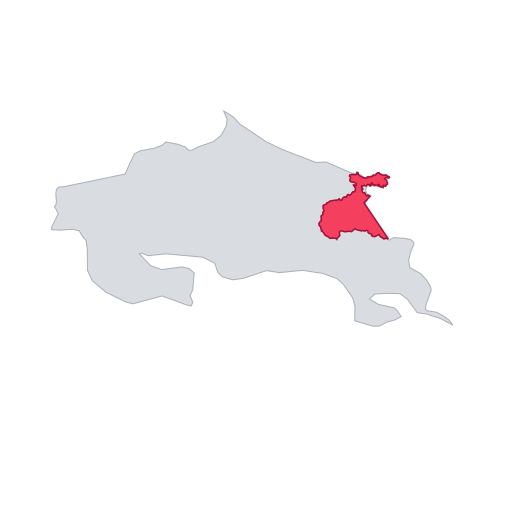 Talamanca, Limón, Costa Rica (highlighted), rotated 326°
{"feature_id": "36466004B17277375937001", "entity_name": "Talamanca", "entity_type": "district", "adm_level": 2, "iso_a3": "CRI", "parent_name": "Costa Rica", "parent_adm1": "Limón", "projection": "natural_earth1", "projection_center": [-83.039, 9.422], "detail": "fine", "context": "in_parent", "style": "filled", "palette": "rose", "viewbox_px": 512, "rotation_deg": 326, "n_neighbors": 0, "source": "geoboundaries", "source_scale": "gbopen_adm2", "svg_char_len": 7679}
<svg xmlns="http://www.w3.org/2000/svg" viewBox="0 0 512 512"><g transform="rotate(326 256 256)"><path d="M409.6,261.8L409.1,263.7L407.5,265.8L405.2,267.9L402.2,269.4L394.9,265.0L387.7,260.1L383.8,262.4L382.3,268.8L379.6,272.0L376.3,273.3L374.9,275.5L374.6,297.0L374.9,317.2L380.3,317.7L389.4,324.7L393.3,328.8L394.5,332.7L393.4,334.6L386.7,339.0L380.3,344.6L377.0,351.5L382.7,362.8L383.9,370.5L383.7,378.5L382.2,382.3L369.6,391.5L366.8,394.7L367.2,397.1L374.1,403.4L377.4,409.6L380.2,417.0L380.5,423.4L374.2,411.5L365.5,400.1L358.0,393.1L357.4,376.7L354.4,367.9L343.0,359.7L333.2,354.0L326.0,355.1L330.4,364.5L341.9,376.6L342.6,381.2L342.4,387.4L334.6,386.5L327.6,383.9L319.1,383.1L313.5,379.4L301.6,365.0L310.1,352.8L312.7,344.7L312.5,328.0L310.5,319.9L301.3,307.5L286.7,294.0L266.2,282.9L256.5,274.0L232.5,267.2L223.4,262.7L216.3,254.2L215.2,248.2L217.8,238.9L211.1,227.1L182.6,203.9L166.6,195.3L163.2,190.3L160.6,188.8L163.1,204.8L170.0,214.4L188.3,223.5L193.3,228.7L195.3,235.5L184.7,248.6L179.3,251.9L177.7,259.1L174.2,261.2L170.6,257.1L155.8,236.6L127.2,226.8L122.0,220.8L111.4,202.1L106.5,185.0L108.3,173.6L120.1,155.8L123.8,148.1L123.1,143.3L123.5,136.3L119.1,131.4L108.2,125.1L101.3,119.9L103.2,117.4L115.7,110.5L116.5,104.3L116.4,102.3L118.5,101.8L120.3,100.2L121.4,98.5L124.8,92.5L127.8,89.1L131.2,88.6L135.4,91.1L151.1,97.5L168.5,104.7L193.4,114.8L203.7,108.3L212.6,103.3L218.8,104.0L232.1,109.8L240.2,111.7L245.1,111.1L253.6,119.6L258.3,126.0L259.1,130.2L261.7,132.5L268.3,133.0L284.6,137.4L294.6,136.5L303.6,131.9L308.6,126.5L310.2,117.8L312.5,122.1L315.1,128.8L316.3,137.4L328.0,166.3L337.4,182.5L357.9,211.9L366.7,217.3L381.7,240.9L386.9,244.8L389.8,251.8L405.3,257.5L409.6,261.8Z" fill="#d9dde1" stroke="#a8b0b8" stroke-width="1"/><path d="M371.7,313.5L371.9,313.3L372.1,313.3L373.2,314.0L373.8,313.9L374.0,314.1L374.4,315.0L374.7,315.5L375.0,315.5L375.3,315.3L375.3,272.4L384.1,270.3L383.8,270.0L383.9,269.6L383.6,269.1L383.6,268.6L383.4,268.6L383.1,268.8L382.7,268.8L382.6,268.5L382.8,268.2L382.7,268.0L381.9,268.1L381.7,268.0L381.4,267.7L381.1,267.1L381.2,266.5L381.1,266.1L381.6,265.4L381.4,264.9L381.5,264.3L381.3,264.1L380.8,264.2L380.6,264.1L380.0,262.8L380.1,262.2L380.6,261.6L380.7,259.8L381.1,259.8L381.8,260.2L382.1,260.2L382.2,259.9L382.0,259.7L382.0,259.0L382.3,258.2L382.1,257.9L382.1,257.6L382.4,257.2L382.7,257.0L383.2,257.0L383.6,257.3L383.8,257.7L384.2,257.9L384.6,257.9L385.2,257.8L385.4,258.0L385.5,258.4L386.0,259.2L386.6,259.6L387.2,259.5L387.6,259.2L388.0,259.1L388.5,259.1L388.8,259.2L389.7,260.5L389.6,261.6L389.7,261.9L390.2,262.0L390.4,261.8L390.5,261.6L390.5,260.7L390.7,260.4L391.2,260.5L391.6,261.5L391.8,261.8L392.3,261.5L392.5,260.8L392.8,260.2L393.1,260.4L393.2,260.6L393.2,261.1L393.0,261.5L392.8,261.8L392.7,262.0L393.6,262.8L393.4,263.6L393.4,263.8L393.6,264.0L393.9,264.0L394.4,263.6L394.6,263.7L394.8,264.0L395.0,264.6L395.7,264.8L396.0,265.1L396.1,265.3L396.2,266.1L396.3,266.2L396.7,266.0L397.2,265.3L397.8,265.2L398.0,265.8L398.0,266.4L397.8,266.6L397.1,266.8L397.1,267.2L397.6,267.8L397.7,268.3L398.2,268.4L398.4,268.5L398.5,269.2L399.2,269.2L399.8,269.5L399.7,270.2L400.4,269.8L400.8,268.9L401.0,268.6L401.3,268.7L401.5,268.8L401.5,269.7L401.9,270.4L402.2,270.5L402.8,270.5L403.2,270.4L403.7,269.9L404.0,269.8L404.4,270.0L405.1,270.0L405.8,269.2L406.0,268.6L405.9,268.2L405.9,267.8L406.5,266.5L406.5,265.8L406.4,265.3L405.8,264.3L405.8,264.0L406.3,263.6L407.5,263.6L408.3,264.0L408.9,264.5L409.1,265.2L409.4,265.5L410.2,265.7L410.4,265.6L410.7,265.2L410.7,264.7L410.5,264.3L410.2,264.0L409.8,263.5L409.6,263.2L409.6,262.2L408.4,261.2L407.7,260.9L406.7,260.2L405.7,259.2L405.5,258.6L404.7,257.5L404.6,256.7L404.7,256.0L404.5,255.7L403.8,255.3L403.5,255.1L402.7,255.2L402.0,254.9L401.6,255.0L401.0,255.6L400.6,255.7L400.0,255.5L399.3,255.2L398.7,254.5L398.6,254.4L398.2,254.6L397.6,254.6L397.5,255.0L397.2,255.0L396.8,254.8L396.1,254.7L395.3,254.2L394.8,254.4L393.7,253.6L393.5,253.1L392.7,252.7L392.2,252.9L391.8,253.2L391.7,253.3L391.3,253.2L390.6,252.9L389.7,252.1L388.8,250.9L388.4,250.5L387.7,248.9L386.7,247.1L386.5,246.1L386.5,245.5L387.0,244.7L387.1,243.9L387.1,243.6L386.8,243.3L386.5,243.1L386.3,243.1L386.2,243.3L386.0,243.9L385.7,244.3L384.9,244.7L384.4,244.5L384.2,244.1L383.3,243.9L382.6,243.2L381.7,242.5L381.4,242.1L381.1,241.9L380.4,241.9L379.5,241.6L379.1,241.3L378.9,241.5L378.5,241.6L378.3,242.0L378.1,242.3L378.3,242.4L378.5,243.3L378.2,243.9L377.3,244.7L376.7,244.9L376.3,245.8L375.9,246.2L375.8,246.5L376.3,247.7L377.3,248.8L377.8,249.2L378.0,249.5L378.4,249.7L378.7,250.1L378.9,250.7L379.4,251.3L379.6,251.9L379.4,252.4L378.8,252.8L378.4,253.4L378.2,253.0L377.8,252.7L377.4,252.1L377.0,251.7L376.9,251.7L376.7,251.9L376.4,251.7L376.3,252.1L376.3,252.6L376.5,253.4L376.4,254.5L376.6,255.0L376.5,255.4L375.5,256.2L374.8,257.1L374.4,257.3L374.0,257.5L373.9,257.9L373.1,257.7L372.3,256.9L372.1,256.9L371.0,257.3L370.5,257.3L370.1,257.8L369.2,258.2L368.8,258.1L368.2,257.9L368.0,258.1L367.6,258.1L367.3,257.8L366.9,257.1L366.7,256.4L366.0,256.4L365.6,256.8L365.2,256.8L364.9,257.2L364.7,257.3L364.4,257.3L364.0,257.6L363.8,257.6L363.4,257.1L362.8,256.9L362.5,256.5L361.3,256.3L360.7,256.4L359.6,257.0L359.2,257.0L358.7,257.5L357.9,257.5L357.6,257.3L357.1,257.2L357.0,256.4L357.3,255.7L356.9,255.1L356.5,255.0L356.2,255.3L354.6,255.1L354.3,254.8L353.8,254.8L353.5,254.3L352.7,254.1L352.2,253.6L351.6,253.3L350.8,253.0L350.2,253.0L349.9,252.7L349.4,252.4L348.9,252.1L347.6,252.0L347.6,251.8L346.8,252.0L345.3,251.9L344.5,251.5L344.1,252.0L343.7,252.0L343.4,252.2L343.1,252.2L342.3,252.0L341.7,252.0L341.5,251.9L341.2,252.0L340.5,251.6L340.2,251.5L339.2,252.4L338.9,253.0L338.7,253.9L338.3,254.1L338.1,254.6L337.9,255.3L337.9,255.6L338.0,255.9L337.9,256.5L337.5,256.8L335.9,257.0L335.6,257.3L335.5,257.7L335.0,258.4L334.7,259.0L333.1,259.0L332.6,259.1L332.2,259.3L331.8,259.9L331.4,260.5L331.3,261.0L331.1,261.3L330.9,261.8L330.3,262.2L330.3,262.9L330.1,263.1L328.4,263.5L327.7,263.5L327.5,263.8L326.8,264.0L326.1,264.4L325.9,264.9L325.8,265.4L325.4,266.0L325.6,267.0L326.0,267.3L326.1,267.6L325.7,268.1L325.4,268.7L325.4,269.1L324.9,269.9L325.0,270.6L325.1,271.0L325.1,271.4L325.0,271.5L324.2,271.7L324.9,273.4L324.9,274.0L325.1,274.8L325.1,275.3L324.9,275.7L324.9,276.1L325.1,276.4L325.1,276.9L324.9,277.2L324.9,277.8L325.1,278.1L325.6,278.4L326.1,279.8L326.7,280.9L326.8,281.5L327.2,282.7L327.7,283.1L328.5,283.2L329.1,283.9L329.3,284.0L329.6,283.8L329.7,284.3L330.1,284.4L330.6,284.6L330.9,285.0L331.2,285.5L331.7,285.7L332.0,286.1L332.4,287.0L332.4,287.3L332.8,287.0L333.1,286.9L333.7,286.5L335.6,286.3L336.9,285.9L337.2,285.4L337.4,285.0L337.7,284.1L338.4,283.4L338.8,282.6L340.0,282.5L340.4,282.6L340.7,282.9L341.2,283.2L341.8,284.0L342.3,284.4L342.7,285.3L343.0,285.5L343.8,285.6L344.2,286.2L346.0,287.1L346.6,287.2L347.2,287.4L347.4,287.6L347.7,288.2L348.5,289.0L349.0,289.2L349.4,289.2L351.1,288.9L351.9,289.0L352.3,288.9L352.8,288.6L353.2,288.9L353.4,288.9L353.8,289.5L354.1,290.5L354.5,291.0L354.8,291.2L355.2,291.8L355.7,292.2L356.1,292.7L356.9,293.5L357.2,294.1L358.4,294.3L358.6,294.5L358.8,294.9L359.1,295.0L359.4,295.4L359.7,295.5L360.0,296.0L360.2,296.3L360.7,296.5L361.7,296.4L362.1,296.6L362.6,297.1L362.6,297.4L362.8,297.6L362.7,298.1L362.1,298.8L362.1,299.1L362.3,299.8L362.4,300.6L362.8,300.9L363.9,302.1L364.0,302.9L363.9,303.0L363.5,303.2L363.2,303.6L363.5,304.6L363.8,305.0L364.3,305.5L364.7,306.1L365.2,306.4L366.5,306.4L366.8,306.6L367.5,306.6L368.5,307.0L369.7,306.8L369.8,307.2L370.1,307.3L369.9,307.9L370.0,309.1L369.9,309.7L370.0,310.0L370.5,310.4L370.5,311.1L371.1,311.5L371.1,312.0L371.4,313.3L371.7,313.5Z" fill="#f43f5e" stroke="#9f1239" stroke-width="1.5"/></g></svg>